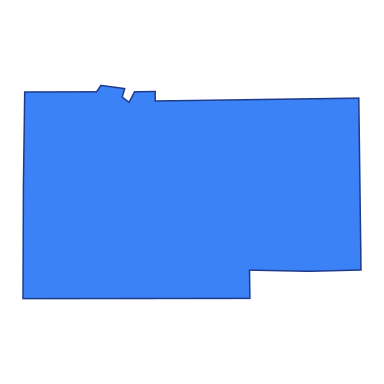 Lee, Illinois, United States of America
{"feature_id": "52423323B51586507670768", "entity_name": "Lee", "entity_type": "district", "adm_level": 2, "iso_a3": "USA", "parent_name": "United States of America", "parent_adm1": "Illinois", "projection": "orthographic", "projection_center": [-89.364, 41.748], "detail": "fine", "context": "isolated", "style": "filled", "palette": "blue", "viewbox_px": 384, "rotation_deg": 0, "n_neighbors": 0, "source": "geoboundaries", "source_scale": "gbopen_adm2", "svg_char_len": 345}
<svg xmlns="http://www.w3.org/2000/svg" viewBox="0 0 384 384"><path d="M24.7,92.0L24.2,129.8L23.4,185.6L23.0,298.6L249.9,298.4L249.6,277.2L249.5,270.1L309.0,271.3L361.0,270.0L358.8,98.1L155.2,101.0L155.2,91.5L134.6,91.8L129.0,102.3L122.2,97.1L124.7,88.6L100.9,85.4L96.6,91.8L24.7,92.0Z" fill="#3b82f6" stroke="#1e3a8a" stroke-width="1.5"/></svg>